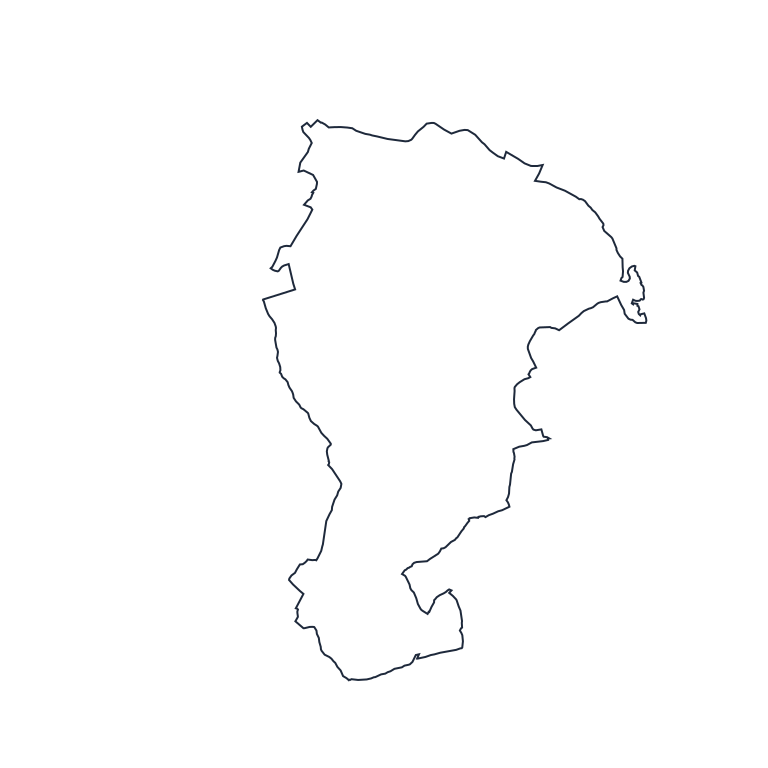 outline of Milas, Bistrita-Nasaud, Romania, rotated 32°
{"feature_id": "2599482B6328448760405", "entity_name": "Milas", "entity_type": "district", "adm_level": 2, "iso_a3": "ROU", "parent_name": "Romania", "parent_adm1": "Bistrita-Nasaud", "projection": "equal_earth", "projection_center": [24.441, 46.819], "detail": "fine", "context": "isolated", "style": "outline", "palette": "slate", "viewbox_px": 768, "rotation_deg": 32, "n_neighbors": 0, "source": "geoboundaries", "source_scale": "gbopen_adm2", "svg_char_len": 6165}
<svg xmlns="http://www.w3.org/2000/svg" viewBox="0 0 768 768"><g transform="rotate(32 384 384)"><path d="M508.1,653.3L511.0,653.8L511.0,653.3L512.1,652.9L512.8,651.6L518.9,648.7L525.9,643.7L529.1,640.5L530.7,638.2L532.0,637.1L535.4,631.8L538.6,628.9L539.8,626.5L541.7,624.2L543.8,620.0L549.3,614.8L550.6,612.0L553.8,608.9L554.5,608.0L555.4,604.6L554.6,597.0L556.9,594.7L557.6,599.3L558.1,599.0L563.8,593.5L567.4,589.0L570.0,586.6L574.1,582.1L586.1,571.2L588.8,567.8L589.9,566.9L590.0,566.0L587.3,560.4L583.5,555.5L581.3,554.0L579.0,552.9L578.8,550.4L579.3,549.2L576.6,545.4L575.8,543.7L568.9,535.6L565.3,533.1L560.2,528.9L559.2,528.4L554.6,527.2L550.0,526.6L550.6,523.3L548.1,523.7L547.3,525.4L546.7,527.6L545.5,530.0L543.2,533.5L541.7,536.9L541.5,538.9L541.1,540.8L542.2,542.7L542.4,547.7L543.2,553.4L542.6,553.5L542.8,555.9L537.2,555.9L535.5,555.8L534.1,555.3L529.3,552.6L524.9,548.6L519.8,545.0L516.5,544.3L514.6,543.3L511.9,540.5L504.7,536.0L503.5,535.5L500.0,535.6L500.3,531.0L501.2,529.6L501.6,527.7L502.7,526.3L503.1,525.2L504.1,523.9L503.7,521.8L504.3,519.7L506.0,517.7L514.4,511.5L515.7,508.0L519.9,499.2L520.1,496.4L519.8,493.2L521.6,491.7L522.7,489.8L524.5,482.5L526.7,478.7L527.0,476.3L527.5,475.3L527.7,467.9L528.2,464.2L527.8,463.1L528.1,461.8L528.4,457.4L528.8,454.9L527.4,453.7L528.1,452.5L527.9,452.3L531.3,449.3L534.6,447.7L534.4,447.3L534.9,446.6L534.7,446.4L536.2,444.9L538.9,443.0L540.6,443.1L542.4,439.7L545.1,436.3L548.3,431.4L551.0,428.5L555.4,421.6L553.8,420.1L551.8,418.7L549.4,417.7L549.1,414.2L548.1,410.7L544.9,404.9L544.2,402.6L539.3,392.6L539.0,390.7L536.0,383.6L534.7,378.9L533.9,377.9L533.3,376.5L530.8,373.7L529.8,373.0L528.2,370.7L531.9,365.5L535.7,362.1L537.6,360.0L540.3,355.2L549.2,348.1L552.8,344.5L551.9,343.5L553.0,342.6L550.4,342.7L547.3,344.1L546.5,343.7L541.5,339.1L537.3,342.8L534.9,343.5L533.6,343.1L530.5,341.3L522.6,339.8L510.0,335.6L507.2,334.3L504.9,331.8L502.4,328.1L498.5,320.8L496.8,318.3L496.5,317.2L497.0,313.7L498.1,310.6L500.6,305.5L503.3,302.6L504.4,300.6L501.4,299.2L501.5,298.0L501.2,296.3L501.2,294.7L501.7,292.9L504.4,289.5L498.5,285.8L495.0,284.0L487.4,278.0L486.2,276.2L485.5,274.1L485.0,270.3L484.8,263.8L485.0,262.0L484.6,260.1L484.6,259.0L484.2,257.8L485.1,254.9L486.0,253.6L494.7,247.7L496.2,247.7L499.7,246.1L504.0,245.6L508.0,235.2L513.1,222.9L513.8,219.4L514.8,216.3L517.8,211.6L519.3,210.0L520.6,208.1L522.3,202.9L523.0,201.5L524.5,199.7L528.5,196.3L529.4,195.8L532.8,189.9L535.3,186.1L543.3,191.3L548.4,194.0L550.9,196.9L556.7,199.1L559.0,198.8L560.8,197.9L564.5,198.5L566.4,198.1L573.6,193.4L572.9,191.2L571.3,189.3L567.3,186.2L564.7,188.9L564.9,190.0L563.0,189.6L561.4,188.2L561.1,185.3L558.6,183.2L557.5,183.4L556.5,181.8L552.7,183.4L553.0,184.4L551.4,184.3L550.6,180.5L553.1,180.2L554.5,179.5L556.5,178.0L556.8,177.4L556.8,176.1L557.4,175.5L558.7,175.3L559.2,174.6L558.9,173.1L555.6,169.1L555.1,167.1L552.5,164.2L550.9,163.5L550.0,163.6L548.1,162.4L548.6,161.6L543.6,157.8L542.2,157.7L539.6,155.3L536.4,154.8L534.8,150.9L533.7,151.1L531.9,153.0L530.8,155.8L531.0,158.7L531.9,160.5L535.5,162.8L536.6,164.3L536.7,167.0L535.4,169.0L533.3,170.3L529.8,171.0L529.2,168.3L529.6,166.8L527.0,161.8L524.5,158.5L519.8,151.4L516.6,150.7L512.8,148.9L510.1,147.1L509.2,145.7L500.6,139.6L499.0,139.0L489.7,137.5L486.2,135.1L486.0,133.0L485.0,131.8L479.1,129.6L476.9,128.4L472.2,126.5L468.4,126.0L465.8,124.9L462.9,124.5L457.6,122.4L455.0,122.3L453.0,122.8L451.7,123.8L447.5,123.5L435.0,124.2L426.2,125.9L417.8,126.4L414.4,127.1L410.1,129.2L404.4,131.7L404.0,123.3L402.5,114.2L398.5,117.9L393.1,121.2L386.3,122.4L378.4,122.0L364.6,122.4L366.3,129.2L359.8,130.5L353.6,130.1L349.6,129.7L342.1,127.4L339.0,127.1L329.3,124.3L320.5,124.3L317.7,125.8L313.9,129.2L308.5,135.9L300.2,136.4L289.8,136.0L288.0,136.2L286.1,137.3L282.2,140.6L281.3,144.9L278.9,151.8L278.3,156.2L278.0,160.9L277.7,162.4L275.9,165.1L273.5,166.9L257.2,174.3L247.0,177.7L242.2,179.5L240.0,180.0L235.6,181.8L226.2,184.0L221.6,183.9L216.9,186.0L211.2,189.0L205.9,192.4L201.2,195.7L196.6,195.1L192.6,195.3L192.1,195.8L187.8,195.5L185.6,204.7L180.3,203.4L178.0,209.3L180.2,211.6L182.1,213.1L189.9,215.1L192.2,216.1L195.0,217.9L195.6,224.4L196.5,227.6L195.7,240.6L199.1,249.3L202.8,245.5L213.1,244.3L220.1,248.1L221.1,249.9L222.8,254.7L221.7,257.3L221.3,259.6L222.7,259.4L222.8,261.9L223.3,263.4L223.5,265.9L222.1,268.7L221.2,274.4L228.2,273.0L230.8,274.1L231.8,284.8L231.4,304.7L231.7,316.7L228.1,318.5L226.2,320.1L223.8,323.2L224.1,326.0L226.2,333.4L226.7,337.1L227.2,343.8L226.6,345.9L229.1,346.1L231.3,345.8L234.2,344.8L234.8,343.7L235.0,340.1L235.4,338.4L236.5,336.4L239.6,332.8L253.9,347.0L258.5,350.9L236.7,376.4L236.8,376.9L238.4,377.7L243.6,382.4L248.6,386.0L251.0,387.2L254.8,388.4L258.7,390.2L261.6,392.5L262.7,393.7L263.6,395.6L265.6,398.3L266.9,400.8L267.3,402.6L268.3,404.3L273.5,410.1L275.3,411.2L277.1,413.0L278.8,416.8L279.4,418.5L281.7,420.7L284.1,422.1L287.0,424.6L288.9,427.3L289.1,428.6L289.5,429.6L291.3,429.9L293.8,431.8L295.9,432.3L297.9,432.3L301.3,433.5L303.4,435.5L305.7,437.1L309.8,438.9L311.3,440.0L312.6,441.1L314.7,443.6L318.6,445.4L323.0,446.4L325.8,448.1L326.8,448.3L329.1,448.1L334.8,448.9L335.5,449.3L338.6,452.2L341.7,454.2L346.0,454.9L349.1,454.9L350.5,455.1L356.7,458.6L360.6,459.7L364.9,460.5L370.5,462.8L371.0,463.7L370.0,467.5L370.1,468.5L371.2,471.4L373.3,474.0L377.9,478.4L377.9,478.8L379.0,479.4L379.7,481.2L379.6,482.3L385.1,483.7L398.5,489.8L400.8,491.3L402.3,495.1L402.2,499.5L403.3,503.3L403.3,508.2L405.1,515.7L406.6,518.6L406.8,523.2L407.7,530.8L417.2,552.5L417.7,554.4L419.2,558.8L420.0,567.2L420.0,569.4L419.0,569.6L416.5,571.4L412.3,573.3L412.2,575.1L411.6,577.5L410.6,579.9L408.3,581.6L408.3,587.4L408.6,591.3L407.0,595.4L406.8,599.1L407.3,600.5L413.0,602.2L422.5,604.1L426.9,604.7L428.1,620.9L429.1,620.6L430.5,620.8L431.1,622.9L431.9,624.1L434.1,626.7L434.4,627.3L434.6,632.2L445.1,633.8L446.1,633.1L449.7,629.4L452.4,627.6L453.7,627.1L457.4,628.9L459.5,631.5L463.3,633.9L465.9,637.1L469.6,640.4L471.1,642.4L472.4,643.3L477.1,645.0L482.3,644.5L485.0,644.8L488.1,645.9L490.4,646.3L494.4,648.6L499.0,649.9L504.1,653.4L508.1,653.3Z" fill="none" stroke="#1e293b" stroke-width="2"/></g></svg>